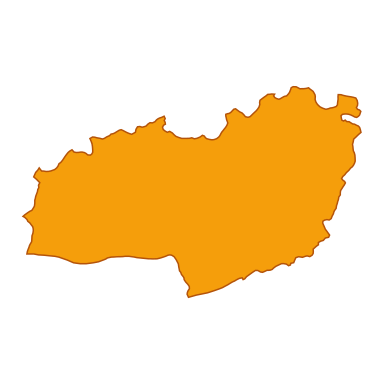 the district of Sabatia, Western, Kenya
{"feature_id": "3690345B66034792821771", "entity_name": "Sabatia", "entity_type": "district", "adm_level": 2, "iso_a3": "KEN", "parent_name": "Kenya", "parent_adm1": "Western", "projection": "mercator", "projection_center": [34.76, 0.115], "detail": "fine", "context": "isolated", "style": "filled", "palette": "amber", "viewbox_px": 384, "rotation_deg": 0, "n_neighbors": 0, "source": "geoboundaries", "source_scale": "gbopen_adm2", "svg_char_len": 5285}
<svg xmlns="http://www.w3.org/2000/svg" viewBox="0 0 384 384"><path d="M26.9,254.0L33.9,254.0L38.5,254.9L44.0,255.2L49.7,255.8L54.9,256.3L58.8,257.1L67.4,260.1L73.6,262.8L80.1,263.7L82.3,263.7L86.3,263.7L93.2,262.8L98.5,261.8L104.1,259.7L105.8,259.0L107.5,257.9L109.4,257.5L111.3,257.1L114.0,257.0L116.3,256.8L118.4,256.7L120.2,256.7L122.8,256.6L125.1,256.3L127.1,256.3L129.0,256.3L131.0,256.6L134.1,257.0L136.8,257.6L140.8,258.0L144.7,258.4L148.7,258.8L150.4,258.8L152.9,258.9L157.0,258.8L158.7,258.4L160.7,257.9L163.5,257.0L165.8,256.2L168.0,255.2L169.9,254.9L171.7,255.2L174.1,256.7L176.2,259.7L178.3,263.8L178.8,267.1L179.2,269.0L179.5,270.8L180.7,272.3L181.5,274.5L182.8,276.1L183.9,277.7L184.2,279.7L185.7,282.0L187.9,284.4L189.3,286.5L189.4,288.8L188.2,290.5L187.4,292.4L187.1,294.2L188.5,297.3L196.3,295.1L202.7,293.8L207.6,292.8L214.1,290.7L219.2,288.9L222.5,287.6L225.4,286.0L227.9,284.7L230.1,283.3L232.5,281.9L234.6,281.0L236.7,279.7L239.3,278.4L242.1,277.8L243.1,279.6L244.8,278.8L246.5,276.7L248.7,275.1L252.6,272.3L255.5,270.4L257.9,270.5L260.5,272.0L262.6,272.3L264.5,271.5L267.0,270.3L268.7,270.3L270.4,270.1L272.2,269.4L273.5,268.1L275.9,266.3L278.6,265.0L281.4,263.7L283.4,263.6L286.4,264.1L288.6,265.7L290.4,265.0L290.8,263.3L293.7,262.7L294.7,260.2L295.8,257.7L298.6,256.7L302.5,257.3L305.3,256.3L307.1,255.9L309.8,256.6L312.0,255.3L313.1,253.6L313.3,251.9L313.2,249.1L316.4,246.2L318.4,244.8L318.4,242.5L320.7,241.2L323.3,240.4L325.4,238.0L328.6,237.3L329.6,235.1L327.8,232.6L326.4,230.6L325.3,229.2L324.7,227.7L323.6,225.2L322.7,223.1L322.9,221.2L324.6,220.1L326.9,219.6L329.2,220.0L331.2,218.6L332.1,216.2L333.4,213.8L333.9,211.8L334.7,210.3L336.1,208.4L336.5,205.7L337.3,203.4L337.7,201.5L338.4,199.6L338.8,197.0L340.3,194.9L340.3,192.9L340.6,190.6L341.9,188.6L343.2,186.5L344.2,185.1L345.4,182.9L344.6,181.4L343.0,180.3L341.6,178.6L342.8,176.5L344.7,174.8L346.4,172.6L348.8,170.4L350.6,168.1L352.3,166.8L353.5,165.2L354.6,163.0L355.2,161.1L355.1,158.0L354.9,155.1L354.3,152.8L353.4,151.0L353.1,149.0L352.9,146.7L352.5,144.4L353.2,141.9L353.7,139.1L356.0,137.0L357.5,135.5L359.0,134.1L361.0,132.4L360.3,129.5L359.6,127.4L358.3,126.0L356.4,125.2L354.6,124.2L352.6,123.9L351.0,122.9L349.1,121.7L346.7,121.6L345.2,120.1L343.5,121.0L341.8,120.1L341.3,117.8L341.0,115.7L342.5,114.3L344.8,114.0L346.5,114.0L348.4,114.2L350.4,114.8L352.6,115.8L354.8,117.0L356.7,117.4L358.4,116.3L359.6,115.0L360.2,113.2L360.8,111.4L359.5,110.0L357.5,109.3L356.4,107.6L357.5,105.4L357.7,103.2L357.2,100.5L355.8,98.0L353.3,97.3L350.9,96.8L348.8,96.5L346.4,96.1L343.3,95.4L341.0,94.7L338.2,94.6L338.0,96.6L338.1,99.1L337.6,102.6L337.4,104.9L336.2,106.5L333.7,107.4L332.0,107.8L330.3,108.0L328.5,108.7L325.9,109.3L322.7,108.2L320.1,106.9L318.3,105.3L317.0,103.8L315.8,101.8L315.1,99.4L315.3,96.6L315.0,94.8L314.1,93.1L313.1,91.4L311.3,90.0L309.9,89.0L308.6,87.8L306.2,88.4L303.7,88.7L301.7,88.7L300.0,88.8L298.5,88.0L296.2,86.8L293.1,86.7L291.2,87.7L290.5,89.9L289.5,92.4L288.1,94.3L286.6,95.9L284.3,96.4L282.3,97.5L280.8,98.4L279.0,99.3L276.7,98.6L274.8,97.6L273.6,95.9L274.6,94.2L271.7,94.0L269.6,94.3L267.7,94.4L266.1,95.8L264.2,97.1L262.3,98.5L260.0,100.3L259.6,102.5L259.8,104.5L259.0,107.0L257.7,109.0L256.3,110.7L254.6,112.3L253.1,113.7L251.4,115.4L250.0,116.7L248.0,117.3L245.4,116.7L243.7,114.6L242.1,113.0L239.6,111.8L237.3,110.1L235.6,108.8L233.8,109.2L232.3,110.8L230.9,112.3L229.2,113.4L227.5,113.7L225.8,114.3L225.8,116.0L226.2,117.7L226.6,119.7L227.2,121.2L227.8,123.0L226.9,125.3L225.6,127.4L224.2,129.1L222.9,130.8L221.8,132.1L220.8,133.8L219.9,135.6L218.7,137.1L216.6,138.7L214.0,139.6L211.9,139.8L209.3,139.4L206.7,138.7L205.3,137.6L204.4,136.1L202.4,135.3L200.3,136.9L198.7,137.6L197.0,138.3L194.4,138.8L191.8,137.8L189.6,138.3L186.7,138.4L184.3,138.4L181.7,138.4L178.5,137.4L175.8,136.3L174.0,134.7L172.4,133.0L169.7,131.4L167.3,132.3L165.3,131.2L163.2,129.5L162.5,127.1L163.7,125.1L165.4,124.2L165.1,122.2L164.2,120.6L165.2,118.6L164.1,116.2L161.8,117.3L159.6,118.0L158.0,118.8L156.5,119.9L155.0,121.7L152.4,122.9L150.0,122.7L147.9,124.1L146.0,126.1L143.8,126.8L142.1,127.2L139.9,126.5L137.5,126.8L136.0,129.3L135.4,132.3L133.9,133.1L131.7,134.3L129.5,133.6L127.5,132.8L125.8,132.0L123.4,130.7L121.2,129.7L119.3,130.2L117.1,131.5L114.7,133.0L113.1,133.7L111.0,134.1L109.6,135.6L106.7,136.9L104.3,138.4L102.4,139.0L99.9,138.3L96.9,137.8L94.8,137.2L92.6,137.0L89.9,138.5L91.1,141.2L92.0,143.7L92.4,146.1L92.6,148.4L92.7,150.2L92.7,152.3L91.8,154.0L90.4,155.1L87.7,154.9L86.1,153.5L84.5,152.6L82.3,152.1L80.6,152.1L78.6,152.4L76.4,152.5L74.1,152.1L72.0,149.8L69.7,151.1L68.1,152.5L66.8,154.1L65.6,155.7L64.3,157.6L62.6,160.2L60.8,162.4L59.0,163.7L58.0,166.1L56.6,168.0L54.6,169.6L52.6,170.3L51.0,170.9L48.6,171.4L46.1,171.5L43.8,171.1L41.6,171.0L40.4,169.5L39.2,167.9L37.8,170.1L35.7,172.4L33.7,176.9L36.5,179.3L39.8,182.7L38.5,185.2L38.8,187.6L37.8,189.5L37.4,191.8L36.5,194.2L35.7,196.4L35.3,198.5L34.8,200.2L34.8,203.2L34.4,206.2L33.0,208.6L31.8,210.4L30.0,211.2L28.0,212.5L24.8,214.8L23.0,216.4L24.8,217.4L27.0,219.5L27.8,221.3L29.8,222.9L31.4,225.0L32.7,226.7L33.2,228.7L33.3,230.7L32.9,233.3L32.0,235.8L31.9,237.9L31.8,239.8L31.6,241.8L30.5,243.6L29.5,245.5L29.0,247.2L28.3,248.9L27.4,251.3L26.9,254.0Z" fill="#f59e0b" stroke="#b45309" stroke-width="1.5"/></svg>